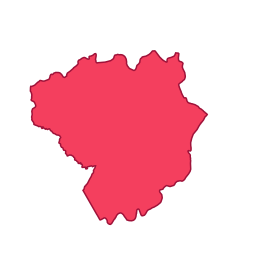 Gualán, Zacapa, Guatemala, rotated 151°
{"feature_id": "79465075B90602875847956", "entity_name": "Gualán", "entity_type": "district", "adm_level": 2, "iso_a3": "GTM", "parent_name": "Guatemala", "parent_adm1": "Zacapa", "projection": "robinson", "projection_center": [-89.267, 15.151], "detail": "fine", "context": "isolated", "style": "filled", "palette": "rose", "viewbox_px": 256, "rotation_deg": 151, "n_neighbors": 0, "source": "geoboundaries", "source_scale": "gbopen_adm2", "svg_char_len": 5904}
<svg xmlns="http://www.w3.org/2000/svg" viewBox="0 0 256 256"><g transform="rotate(151 128 128)"><path d="M52.2,101.3L52.3,102.6L53.0,103.5L53.2,104.8L53.8,105.7L53.8,106.4L54.9,109.2L55.9,110.6L56.2,112.8L58.1,115.9L60.2,118.1L60.8,118.5L61.9,119.8L62.2,119.8L63.2,121.3L63.3,123.4L62.8,124.8L62.7,126.1L63.3,126.7L64.1,127.0L64.4,127.5L64.4,130.7L64.1,133.7L63.9,134.0L63.8,135.5L63.4,138.5L62.8,141.1L62.3,141.7L61.3,142.0L57.9,142.4L57.4,142.7L55.1,143.1L53.7,144.3L52.8,145.5L51.5,149.0L51.3,153.2L51.0,154.8L50.2,156.1L48.6,157.8L48.6,158.8L49.5,160.3L50.7,161.4L50.8,163.0L49.9,165.0L47.9,167.7L47.5,168.4L47.7,169.1L49.9,170.6L50.5,170.1L51.1,169.5L51.9,169.0L52.8,168.6L53.1,168.5L53.5,168.5L53.8,168.6L56.0,168.8L58.3,169.4L58.7,169.5L59.4,169.5L59.7,169.5L60.2,169.2L60.6,168.8L60.9,168.5L61.7,167.0L62.3,167.0L62.7,167.3L64.6,170.3L64.6,170.9L65.1,171.8L65.5,173.5L65.8,174.2L66.9,182.0L67.2,182.5L69.3,183.5L72.0,182.5L73.8,182.1L77.3,182.1L80.5,183.1L81.5,183.1L81.8,182.8L83.4,182.5L84.3,181.8L85.9,179.7L87.7,178.8L89.5,178.5L90.2,178.1L91.7,176.5L93.1,175.5L94.5,175.3L95.1,175.6L97.9,179.4L98.4,182.7L98.1,185.0L97.2,186.4L96.2,189.1L96.1,191.4L96.3,192.6L97.0,193.7L97.1,194.2L97.7,194.8L98.8,195.7L99.7,196.0L101.6,197.5L102.6,197.5L103.9,198.1L105.2,197.5L106.3,196.3L107.6,195.6L110.5,195.3L116.0,196.7L122.7,199.7L123.5,199.9L123.9,200.5L123.9,201.6L123.4,202.6L123.2,203.7L121.0,206.4L120.3,207.6L120.2,208.7L121.2,209.1L123.6,208.7L125.7,208.9L126.5,209.3L127.3,209.3L127.7,208.9L128.0,207.9L128.1,207.6L128.5,207.3L129.4,207.5L130.3,208.4L131.4,210.3L132.2,211.0L134.1,211.3L137.0,211.0L138.2,211.2L139.0,210.8L139.8,210.0L140.1,208.7L140.8,208.2L142.7,207.5L146.5,207.0L146.8,206.7L150.9,205.8L154.4,205.4L155.6,204.5L156.5,203.2L156.8,203.3L158.0,203.0L159.0,203.0L159.9,204.0L160.1,207.0L160.8,209.1L161.6,210.0L164.2,211.6L166.5,211.9L167.6,211.4L168.3,211.5L169.0,212.2L169.7,212.1L170.8,211.4L171.4,210.6L173.1,209.1L174.1,209.0L178.4,209.6L179.6,210.2L181.5,212.0L182.0,212.2L183.8,211.7L184.7,211.8L188.9,210.7L191.9,211.0L192.9,211.6L193.7,210.6L195.5,207.6L195.4,206.2L195.8,204.3L196.5,202.8L197.4,201.7L197.5,201.1L198.3,200.2L199.1,199.6L199.1,198.8L197.6,196.7L197.4,195.5L197.6,193.2L198.0,192.0L198.5,191.5L199.1,191.2L202.2,191.0L203.4,189.9L204.0,189.3L205.1,186.5L206.0,185.4L207.0,184.3L207.1,183.7L207.7,182.4L208.0,182.2L208.2,181.3L207.9,179.0L208.1,177.4L208.5,177.0L208.4,176.5L207.8,175.7L207.3,175.1L206.4,174.1L206.0,173.7L205.6,172.8L205.4,172.5L204.3,172.1L203.6,171.5L203.4,171.1L203.4,170.4L203.5,169.9L203.4,169.3L203.0,169.2L202.7,169.4L202.4,170.0L202.2,170.2L201.9,170.2L201.8,169.8L201.7,169.0L201.6,168.5L201.4,168.1L200.8,167.3L200.8,167.0L200.4,166.9L200.2,167.2L199.8,167.1L199.4,166.1L199.1,165.7L197.9,165.6L197.4,165.6L197.1,165.3L197.0,165.0L197.0,164.6L197.0,163.4L196.9,163.0L196.5,162.6L196.3,162.2L196.1,160.5L195.9,159.8L195.7,159.4L195.4,159.0L194.7,158.4L194.5,157.9L194.2,157.3L193.7,156.5L191.9,155.1L191.6,154.3L191.4,153.8L191.4,153.0L191.4,152.7L191.4,152.4L191.6,152.2L192.9,151.6L193.3,151.3L193.6,150.9L194.2,149.9L195.3,149.0L195.5,148.7L195.6,148.1L195.4,147.7L195.1,147.5L195.0,147.2L194.8,146.9L194.9,146.4L195.0,146.1L195.4,145.5L195.5,145.2L195.5,144.4L195.5,143.4L194.8,142.6L194.7,142.3L194.7,141.9L194.7,141.5L195.0,140.5L195.0,140.1L194.9,139.6L194.7,139.4L194.3,139.2L194.0,138.9L193.7,138.5L193.7,138.2L193.8,137.7L194.1,137.1L194.7,136.5L194.9,136.1L194.9,135.7L194.7,135.4L194.5,134.8L194.5,134.6L194.6,133.7L194.7,133.2L194.5,132.9L194.2,132.8L193.1,132.8L192.3,132.7L191.2,132.0L190.6,131.6L190.2,130.6L189.7,129.9L189.6,129.6L189.6,128.6L189.5,128.3L189.3,128.0L189.2,127.4L189.4,127.0L189.9,126.4L190.0,125.9L189.9,125.6L189.7,125.3L189.2,125.0L189.0,124.8L188.8,123.4L188.4,122.6L188.3,122.4L188.3,122.1L188.5,121.7L188.6,121.2L188.3,120.9L187.6,120.7L187.4,120.3L187.1,120.1L186.6,120.5L186.3,120.5L186.3,120.1L186.6,119.5L186.6,119.2L186.4,119.0L186.0,118.8L185.9,118.6L185.9,117.8L185.9,117.6L186.3,117.2L187.0,116.5L187.2,116.1L187.1,115.7L186.7,115.5L184.5,114.5L184.1,114.2L184.2,113.8L184.7,113.2L184.7,112.7L184.4,112.5L183.7,112.2L183.4,112.2L183.1,112.3L183.0,113.3L182.8,113.5L182.3,113.6L182.1,113.6L179.4,112.9L178.5,112.7L178.2,112.5L177.9,112.0L177.9,111.5L177.7,111.3L175.9,111.3L175.6,111.0L175.4,110.8L174.8,110.6L175.7,109.6L176.5,109.0L178.8,107.6L179.0,107.2L179.1,106.9L179.3,106.4L179.6,106.1L180.0,105.7L180.7,105.4L181.4,105.2L181.8,105.1L183.3,103.7L184.4,103.0L186.1,102.0L190.7,98.9L191.6,98.8L192.1,98.6L193.0,98.0L193.5,97.9L193.9,98.0L194.2,97.9L194.5,97.6L195.9,96.1L196.2,95.8L196.5,95.6L197.0,95.5L197.6,95.3L197.2,67.3L197.1,66.9L197.1,61.4L196.7,61.0L195.6,60.9L192.3,60.9L191.7,60.4L191.2,59.5L191.1,58.1L191.1,57.0L191.8,55.8L191.7,54.1L190.9,52.8L190.0,52.2L188.6,52.4L184.4,54.8L183.3,55.0L183.1,55.4L182.0,55.8L180.3,57.1L178.0,57.8L175.9,57.5L174.8,56.4L174.1,54.5L174.0,52.3L173.6,49.6L173.6,48.2L172.0,46.5L169.8,45.1L168.2,44.7L166.7,44.8L165.3,45.5L164.0,46.7L162.0,49.4L161.6,49.5L161.6,50.0L160.6,51.1L160.4,51.6L159.6,52.2L158.9,52.3L158.1,52.0L157.8,51.4L158.7,45.9L158.6,44.8L157.7,44.1L155.8,43.8L154.1,44.5L151.4,46.2L149.8,46.6L147.8,46.3L145.1,46.5L143.9,46.2L139.6,46.3L136.2,46.9L135.0,47.4L132.3,49.9L131.8,50.6L130.9,53.0L130.8,53.5L131.3,56.3L131.0,57.6L130.3,58.2L129.6,58.3L128.3,57.8L127.0,57.6L126.0,58.3L124.3,58.8L122.4,59.0L121.9,58.7L119.6,56.4L115.8,55.6L114.6,56.0L113.0,57.1L110.9,57.5L108.0,56.6L106.5,55.3L104.9,55.2L103.2,55.7L101.6,56.7L97.1,58.6L94.7,60.0L93.1,61.6L90.5,66.8L89.0,69.1L88.5,70.5L88.0,71.1L87.5,72.7L86.9,73.6L86.6,74.7L87.0,76.7L86.9,78.4L86.4,78.9L85.8,78.8L84.8,77.7L84.1,77.8L83.6,78.1L82.5,80.0L81.7,82.1L80.3,84.8L77.2,88.2L73.9,91.0L68.3,93.2L65.2,95.2L62.6,96.6L62.1,96.6L61.7,97.1L60.7,97.3L58.1,98.4L55.2,100.4L54.0,100.6L52.2,101.3Z" fill="#f43f5e" stroke="#9f1239" stroke-width="1.5"/></g></svg>